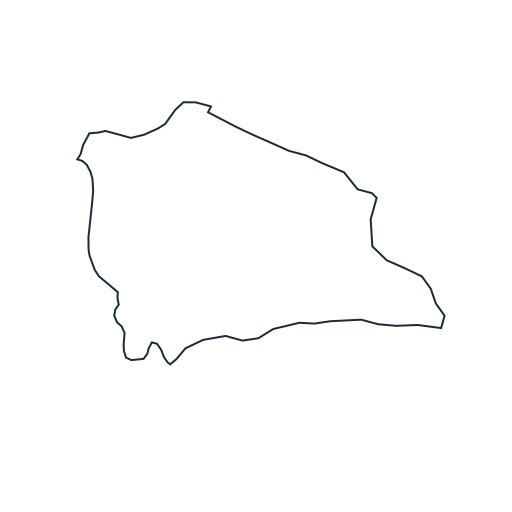 outline of Sinwon, Hwanghae-namdo, North Korea, rotated 195°
{"feature_id": "82179303B41250986640334", "entity_name": "Sinwon", "entity_type": "district", "adm_level": 2, "iso_a3": "PRK", "parent_name": "North Korea", "parent_adm1": "Hwanghae-namdo", "projection": "equal_earth", "projection_center": [125.777, 38.209], "detail": "fine", "context": "isolated", "style": "outline", "palette": "slate", "viewbox_px": 512, "rotation_deg": 195, "n_neighbors": 0, "source": "geoboundaries", "source_scale": "gbopen_adm2", "svg_char_len": 1180}
<svg xmlns="http://www.w3.org/2000/svg" viewBox="0 0 512 512"><g transform="rotate(195 256 256)"><path d="M453.6,303.1L448.3,302.9L443.0,300.2L437.8,294.6L434.2,288.7L432.2,283.1L430.2,276.8L428.2,265.9L422.7,230.8L419.2,218.3L416.7,213.0L408.1,200.8L402.6,195.8L386.9,188.5L380.1,185.3L379.1,180.0L376.0,173.4L378.0,168.1L377.6,161.8L373.0,155.9L367.8,153.5L363.0,147.6L361.0,136.4L359.0,130.1L355.2,124.2L349.5,123.2L338.0,127.5L335.7,133.4L335.7,139.3L334.2,145.6L328.9,145.6L323.2,140.7L318.9,134.7L313.9,130.4L310.8,129.2L306.2,135.8L300.2,148.6L285.4,161.3L264.7,170.9L247.1,170.8L232.4,177.2L220.5,189.9L196.9,202.7L182.2,205.8L167.4,212.2L138.0,221.7L120.3,221.7L117.5,222.2L102.7,224.8L82.0,231.2L58.5,234.3L58.4,247.1L70.0,256.7L78.7,269.6L90.4,279.2L108.0,282.5L128.6,285.7L146.1,295.4L154.7,321.0L154.5,343.4L160.4,346.7L175.1,346.7L192.6,359.6L216.1,362.8L233.7,366.1L251.4,366.1L271.9,369.4L292.5,372.6L310.1,375.9L339.5,382.4L338.2,388.8L354.1,388.8L365.9,385.7L371.9,376.1L377.9,360.1L383.8,353.7L395.6,344.1L407.4,337.7L419.2,337.8L433.9,337.8L439.8,334.6L448.7,331.4L451.7,318.6L451.8,309.0L453.6,303.1Z" fill="none" stroke="#1e293b" stroke-width="2"/></g></svg>